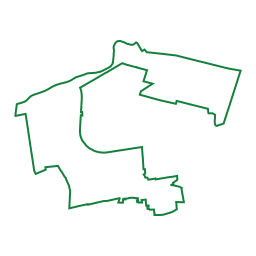 Faurei, Braila, Romania (Robinson projection)
{"feature_id": "2599482B41579129284084", "entity_name": "Faurei", "entity_type": "district", "adm_level": 2, "iso_a3": "ROU", "parent_name": "Romania", "parent_adm1": "Braila", "projection": "robinson", "projection_center": [27.267, 45.105], "detail": "fine", "context": "isolated", "style": "outline", "palette": "green", "viewbox_px": 256, "rotation_deg": 0, "n_neighbors": 0, "source": "geoboundaries", "source_scale": "gbopen_adm2", "svg_char_len": 3222}
<svg xmlns="http://www.w3.org/2000/svg" viewBox="0 0 256 256"><path d="M208.5,113.3L212.5,113.3L213.4,113.8L215.1,114.8L214.7,122.1L215.0,124.2L215.6,125.4L216.6,125.9L223.6,123.6L225.1,118.9L229.4,105.7L234.0,91.3L240.6,70.7L228.0,68.4L226.2,68.0L210.7,64.1L193.6,59.9L176.3,55.5L163.7,54.0L146.7,52.2L145.3,50.5L145.0,50.1L144.6,49.6L142.0,51.1L141.9,51.0L137.2,43.0L136.1,42.4L134.7,43.7L132.6,44.8L131.6,44.8L130.7,44.7L126.7,43.6L124.7,42.5L122.4,41.8L120.4,41.0L118.1,41.1L117.3,41.4L116.4,41.8L115.4,43.0L114.0,45.5L113.6,47.3L113.8,49.3L114.0,50.9L113.7,53.5L113.6,56.4L113.1,60.8L112.9,62.7L112.2,64.3L110.4,66.6L107.8,68.1L106.8,68.6L105.8,69.1L102.1,71.0L100.0,71.8L98.1,72.2L95.4,72.8L92.3,73.0L88.9,73.2L88.3,73.3L86.9,73.5L84.0,74.7L80.1,76.0L76.1,77.2L73.9,78.5L71.2,80.2L68.7,81.4L65.5,82.4L61.9,83.3L58.8,84.1L56.1,85.0L53.8,86.0L51.5,87.2L48.9,88.8L45.3,90.7L41.4,92.2L37.6,93.5L35.8,94.1L35.2,94.3L33.0,95.1L31.3,95.9L29.9,97.0L28.5,98.4L27.2,99.9L25.7,101.0L23.9,102.0L23.2,102.2L21.1,102.9L18.8,103.5L16.8,104.2L16.7,105.3L15.8,111.9L15.5,114.4L15.4,115.4L15.5,115.9L19.1,115.2L24.9,114.0L25.6,113.9L26.4,119.1L27.2,124.2L31.3,151.8L32.3,158.0L34.2,170.8L35.7,173.9L45.7,169.7L45.4,167.2L58.0,165.9L58.1,166.2L60.0,169.4L61.2,171.4L61.5,171.5L64.8,177.0L65.5,177.6L65.8,178.1L65.9,178.8L68.3,184.2L69.0,185.7L69.6,188.9L69.9,189.8L70.2,190.3L69.3,208.3L70.6,208.0L77.9,206.3L87.8,204.1L87.9,204.3L88.0,204.7L104.3,200.9L106.5,201.1L118.4,198.4L119.6,198.2L119.7,198.4L118.3,202.5L122.8,202.7L123.2,198.9L124.4,198.8L124.5,198.8L124.6,199.5L125.4,199.4L125.3,198.7L125.5,198.7L128.0,198.4L129.2,198.0L132.0,197.7L135.0,198.0L135.9,198.2L137.7,198.1L138.0,200.2L136.9,200.4L137.2,202.1L138.5,201.9L138.6,202.5L142.0,202.5L141.5,200.1L145.7,199.6L146.2,205.7L146.5,205.7L148.5,205.5L148.6,206.7L147.4,206.7L147.3,206.9L147.5,208.9L147.6,209.0L149.4,209.1L149.9,209.7L153.9,209.5L154.3,213.2L154.5,213.2L154.5,215.0L157.4,215.0L159.2,215.0L162.8,214.8L167.5,213.5L168.4,213.2L170.7,212.5L173.7,211.2L176.8,209.2L176.2,202.0L180.7,202.2L183.9,202.2L182.4,194.1L181.5,188.8L181.5,188.5L181.8,188.0L179.3,186.7L173.3,185.3L170.5,185.0L173.5,184.3L173.0,182.8L175.8,180.9L177.0,180.2L177.3,179.8L177.3,179.4L177.1,175.9L173.3,176.6L167.4,177.4L155.7,179.4L155.5,178.5L148.4,179.7L147.7,178.2L147.1,177.6L145.4,177.6L145.1,177.2L145.0,176.4L144.5,175.6L143.7,174.5L144.8,173.9L145.2,173.4L144.9,169.2L143.5,169.2L142.9,159.0L142.5,154.3L142.1,148.6L142.2,147.4L142.1,147.0L125.8,149.5L109.6,152.0L106.3,152.5L102.9,152.6L98.8,152.2L97.0,151.7L94.8,151.1L89.3,148.2L86.5,145.9L82.1,140.3L80.6,136.4L80.4,135.6L80.1,133.2L79.9,131.4L80.1,127.9L80.4,121.6L80.8,115.3L82.3,115.5L82.2,112.0L81.0,112.1L81.7,100.1L81.8,97.4L81.7,94.9L81.4,92.3L81.2,90.8L80.1,87.6L81.1,87.1L83.6,85.7L86.1,84.2L88.6,82.8L91.0,81.4L93.5,80.0L96.0,78.5L100.9,75.6L104.5,73.5L104.9,73.2L105.7,72.8L106.7,72.4L114.7,67.6L122.3,63.2L126.5,64.7L135.9,67.2L136.2,67.2L136.8,67.2L137.2,67.3L137.2,67.6L147.0,70.2L144.6,77.9L143.5,81.2L143.5,81.3L152.6,83.7L140.9,91.3L139.8,94.7L158.7,99.9L163.7,101.1L175.9,103.8L176.6,100.9L182.1,102.3L204.6,108.0L207.9,108.8L208.4,112.9L208.5,113.3Z" fill="none" stroke="#15803d" stroke-width="2"/></svg>